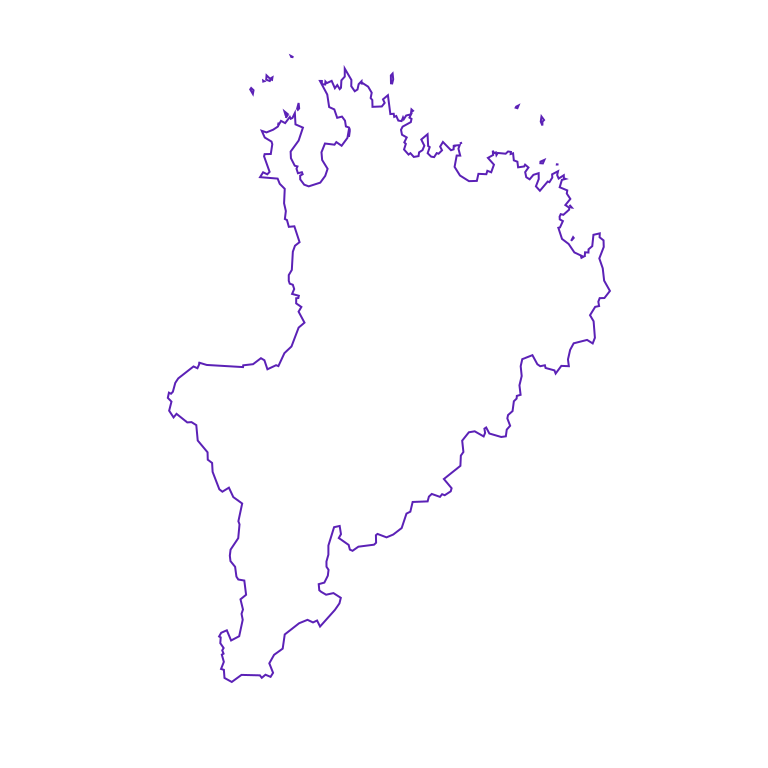 outline of Trenggalek, Jawa Timur, Indonesia, rotated 187°
{"feature_id": "22746128B86316028646138", "entity_name": "Trenggalek", "entity_type": "district", "adm_level": 2, "iso_a3": "IDN", "parent_name": "Indonesia", "parent_adm1": "Jawa Timur", "projection": "equal_earth", "projection_center": [111.621, -8.138], "detail": "fine", "context": "isolated", "style": "outline", "palette": "violet", "viewbox_px": 768, "rotation_deg": 187, "n_neighbors": 0, "source": "geoboundaries", "source_scale": "gbopen_adm2", "svg_char_len": 6169}
<svg xmlns="http://www.w3.org/2000/svg" viewBox="0 0 768 768"><g transform="rotate(187 384 384)"><path d="M182.6,546.8L183.6,553.3L187.9,555.9L188.2,559.8L194.3,557.6L194.1,546.2L197.4,542.6L197.1,539.4L200.5,539.2L200.3,535.5L203.4,533.3L204.0,534.7L202.6,535.0L211.1,537.8L217.8,545.5L225.0,549.7L230.0,560.3L228.4,560.9L226.3,567.5L229.6,568.8L230.1,571.5L229.3,574.1L226.6,573.8L221.5,579.6L221.6,581.5L225.8,583.7L221.6,590.4L225.8,595.3L225.7,598.5L233.6,600.7L232.3,608.3L228.8,609.7L230.5,610.1L231.0,613.1L235.7,609.2L237.6,612.5L237.2,616.4L242.7,612.6L242.1,609.4L244.4,604.5L246.2,604.9L252.8,594.8L257.3,598.7L255.4,606.3L256.2,612.1L261.2,609.8L264.4,604.9L268.0,606.6L269.7,611.5L267.0,616.5L270.7,618.9L271.4,617.0L277.3,615.4L278.7,620.9L282.4,621.8L284.0,628.7L286.3,627.7L286.3,629.8L289.2,629.9L291.3,627.4L299.2,627.2L300.3,624.9L301.2,627.5L302.8,626.6L304.5,628.8L303.6,624.6L308.4,621.1L301.6,615.1L303.4,607.2L307.4,608.2L308.0,604.7L315.9,604.1L316.6,596.9L324.4,595.7L334.0,600.2L340.4,608.1L339.7,619.6L336.2,620.0L338.8,626.6L338.0,630.3L342.8,629.3L342.7,627.8L343.9,629.7L343.5,625.4L346.0,624.2L355.0,631.4L357.2,626.5L354.9,623.0L357.9,619.2L359.8,619.6L361.9,615.3L364.9,615.4L368.8,618.4L367.5,624.7L369.2,625.6L371.2,637.2L376.8,631.2L373.0,625.4L374.3,620.8L377.4,618.2L377.5,614.4L382.1,613.0L385.9,616.3L387.6,614.7L392.7,619.2L391.6,625.0L393.3,626.3L391.5,631.5L396.5,633.6L398.1,638.4L396.9,641.7L389.3,647.2L389.0,650.5L391.2,651.5L390.0,655.0L394.7,653.2L396.6,649.2L397.6,650.9L398.6,647.1L401.9,647.2L404.5,651.5L406.4,650.4L407.3,653.4L410.6,652.7L415.3,671.1L419.7,666.4L417.6,663.1L420.0,659.2L429.2,657.7L430.2,664.4L432.1,666.2L431.7,671.6L436.0,677.2L442.2,680.2L442.7,678.7L443.2,681.8L445.7,678.5L446.2,673.1L448.7,671.0L452.8,675.6L453.4,681.8L461.4,692.3L460.4,684.3L463.3,680.2L462.8,672.8L463.9,671.3L466.8,675.0L468.8,671.6L472.9,678.5L477.4,675.7L479.0,677.1L478.9,674.1L482.2,674.0L482.6,677.2L484.5,677.0L475.6,664.4L472.2,652.2L466.8,650.5L462.9,642.5L458.3,644.3L454.8,640.6L453.2,635.0L450.0,634.3L449.1,632.7L448.8,630.9L448.9,625.0L449.8,633.2L450.3,623.8L455.1,615.3L460.8,618.3L462.3,615.5L471.9,615.5L474.3,606.4L472.7,598.8L466.2,590.7L467.7,583.4L471.8,576.1L482.8,571.0L487.5,572.1L492.1,576.9L492.6,580.6L490.3,582.3L491.3,584.2L495.1,582.7L497.1,587.0L496.4,589.4L499.2,589.8L503.9,596.8L505.0,603.3L498.4,615.2L495.7,628.6L503.5,630.9L505.5,642.1L507.3,636.9L508.9,635.9L510.0,637.6L513.9,630.9L518.3,632.6L520.9,626.4L525.0,622.9L531.3,619.4L536.2,620.4L532.4,614.1L525.2,610.9L524.1,608.4L524.4,598.5L530.5,597.6L530.8,595.4L523.4,580.6L525.4,577.9L529.8,579.4L532.2,574.2L514.6,574.9L511.9,570.0L506.3,565.6L505.2,551.2L502.5,543.7L502.5,535.7L500.3,534.9L497.6,528.4L492.2,529.6L485.1,514.5L489.2,510.4L490.6,504.2L489.4,486.0L491.8,480.5L491.1,474.8L489.8,472.1L486.6,471.4L484.7,467.3L486.2,462.2L479.3,461.2L479.5,458.9L481.6,458.4L481.0,453.3L475.4,450.4L477.6,445.4L470.4,435.2L475.6,429.6L480.4,410.0L486.6,402.5L491.0,388.9L493.4,389.5L501.5,384.4L505.6,393.0L509.3,394.6L516.4,387.7L526.0,385.4L526.0,383.6L562.3,381.3L570.8,382.8L569.5,382.2L571.1,376.9L575.2,378.2L588.9,364.5L591.3,359.7L592.6,350.6L594.2,348.4L596.4,349.2L596.9,343.9L592.8,340.6L594.0,331.3L588.8,325.2L586.3,329.1L574.6,321.9L570.4,322.7L565.3,320.3L562.0,305.2L550.8,294.7L549.7,287.4L545.0,284.7L543.4,275.9L534.6,259.4L531.3,257.4L525.3,262.2L519.8,253.4L510.2,248.1L511.8,230.0L510.3,227.1L509.9,213.2L516.1,200.9L516.1,194.8L514.8,189.5L509.5,184.4L507.0,174.8L504.8,172.2L498.7,171.9L495.2,158.0L500.2,152.8L496.5,143.0L497.4,138.5L495.5,132.8L497.0,116.0L504.5,110.8L510.0,120.4L515.3,117.2L516.9,113.3L515.2,112.6L514.9,106.8L511.0,102.4L512.1,99.9L510.4,96.8L512.0,95.6L509.1,88.7L511.0,81.3L508.1,80.8L506.5,72.8L498.8,69.7L490.0,77.9L471.7,79.7L469.5,77.5L466.2,81.0L460.9,79.5L458.9,83.8L463.8,92.8L460.1,101.8L452.3,109.0L452.0,123.3L439.1,136.2L431.2,140.6L425.4,138.7L421.6,141.1L417.9,135.5L405.2,153.8L401.5,160.8L400.8,166.5L408.7,170.3L415.8,167.8L421.1,170.1L423.1,171.4L424.4,177.4L419.0,179.6L416.4,186.9L416.4,192.8L418.8,195.6L419.5,200.8L418.4,207.8L419.5,216.9L416.1,235.8L410.7,237.7L408.4,229.7L410.1,225.6L399.5,220.0L397.7,215.5L394.9,214.6L389.6,219.4L374.3,223.3L372.5,225.5L373.6,232.9L372.2,234.4L362.8,232.1L356.5,235.7L348.9,243.2L345.9,258.1L342.3,260.5L341.2,270.4L326.4,272.8L325.7,277.7L323.2,280.7L314.7,278.8L312.9,281.7L310.2,281.0L304.7,285.6L304.2,288.8L313.0,297.0L298.2,312.1L299.0,322.3L296.9,326.2L299.5,337.3L293.9,346.4L288.2,348.1L278.7,344.1L277.7,347.8L278.9,351.9L277.3,353.3L273.4,347.7L261.2,345.7L256.7,346.9L256.6,353.7L253.7,357.9L257.4,364.9L257.1,368.3L253.1,372.8L253.0,382.7L250.6,385.7L250.7,388.4L247.1,389.9L249.4,399.2L248.3,408.7L250.5,418.3L249.8,425.5L240.2,430.7L234.2,422.3L231.1,420.7L226.6,422.2L225.6,419.6L216.5,418.3L214.9,415.3L210.2,423.6L202.7,424.2L204.4,430.8L203.4,440.6L200.7,447.5L187.8,452.5L181.8,449.7L180.3,455.6L183.6,471.8L187.9,477.4L183.8,486.3L180.0,487.6L181.3,491.8L180.4,495.5L175.7,496.2L171.1,503.9L178.1,513.4L181.0,525.5L185.6,534.9L182.6,546.8ZM260.4,663.5L258.3,659.9L258.7,663.7L257.3,665.5L260.3,668.7L260.4,663.5ZM413.7,683.3L412.5,683.3L412.0,687.6L413.3,693.2L414.8,691.1L413.7,683.3ZM534.3,670.8L533.5,672.5L538.2,676.0L538.0,671.7L534.3,670.8ZM252.1,626.0L255.8,623.8L255.7,622.2L253.2,622.3L252.1,626.0ZM551.9,661.6L552.7,660.1L549.5,655.9L549.3,659.7L551.9,661.6ZM503.0,652.5L503.8,646.6L502.9,645.6L501.8,647.2L503.0,652.5ZM284.4,676.9L286.6,675.4L287.0,674.3L285.2,674.0L284.4,676.9ZM390.2,659.9L390.2,657.0L388.5,658.7L390.2,659.9ZM214.2,552.8L215.7,548.9L213.5,552.1L214.2,552.8ZM532.1,674.8L533.4,673.8L533.6,672.8L532.2,672.3L532.1,674.8ZM516.0,642.4L514.7,639.4L513.0,640.5L516.0,642.4ZM338.1,632.0L337.1,632.4L336.0,633.1L338.1,632.0ZM221.7,584.4L219.5,582.0L219.1,582.0L221.7,584.4ZM515.9,697.3L513.8,697.3L516.5,698.3L515.9,697.3ZM512.6,638.7L513.8,638.4L513.8,636.3L512.6,638.7ZM539.8,669.9L540.9,670.4L540.7,669.5L539.8,669.9ZM237.6,623.2L239.2,623.1L239.2,622.9L237.6,623.2ZM520.4,630.7L520.7,628.8L520.5,628.6L520.4,630.7Z" fill="none" stroke="#5b21b6" stroke-width="2"/></g></svg>